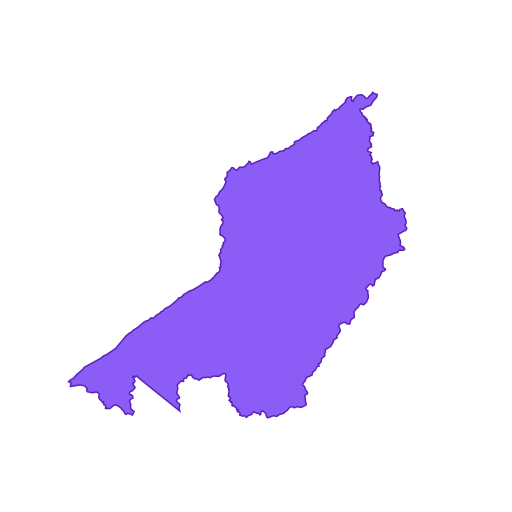 the district of San Roque, Antioquia, Colombia, rotated 108°
{"feature_id": "7082276B69506367450690", "entity_name": "San Roque", "entity_type": "district", "adm_level": 2, "iso_a3": "COL", "parent_name": "Colombia", "parent_adm1": "Antioquia", "projection": "albers", "projection_center": [-74.951, 6.431], "detail": "fine", "context": "isolated", "style": "filled", "palette": "violet", "viewbox_px": 512, "rotation_deg": 108, "n_neighbors": 0, "source": "geoboundaries", "source_scale": "gbopen_adm2", "svg_char_len": 6101}
<svg xmlns="http://www.w3.org/2000/svg" viewBox="0 0 512 512"><g transform="rotate(108 256 256)"><path d="M387.6,361.1L396.3,367.9L397.5,369.6L401.3,372.1L415.0,385.0L417.0,385.5L424.2,389.9L428.7,391.8L431.8,394.7L433.5,395.4L433.6,393.0L437.5,392.2L433.1,383.7L432.6,380.5L432.6,377.9L433.6,377.0L434.0,375.6L435.8,375.7L437.2,374.5L436.7,369.8L435.6,367.1L434.8,366.6L434.8,364.2L435.8,362.4L439.0,361.9L440.8,360.3L441.5,357.9L442.8,356.9L442.0,355.9L444.4,354.8L444.6,353.3L446.1,351.9L447.1,352.3L447.6,351.9L446.1,347.7L441.9,345.1L441.0,343.2L441.0,341.7L442.3,337.4L443.4,336.3L444.0,334.3L446.4,332.0L446.8,330.8L445.7,329.7L445.0,327.7L445.5,324.4L441.8,323.8L440.0,327.7L437.8,329.0L436.3,329.0L432.9,331.4L431.4,331.1L429.4,329.7L429.3,329.2L427.2,330.1L426.5,331.6L426.8,333.2L425.4,334.1L423.6,333.5L422.3,331.8L418.6,330.3L417.4,331.4L417.4,332.1L415.0,333.8L414.0,332.7L412.1,332.5L411.4,333.5L410.4,334.0L409.2,335.9L408.2,335.6L408.6,333.6L407.0,333.1L427.0,280.6L424.5,282.1L420.8,282.5L420.1,283.4L419.8,285.2L418.0,287.1L416.4,286.9L415.3,285.2L414.2,284.9L410.9,289.0L406.1,289.5L403.1,291.0L398.2,288.8L397.7,286.2L395.4,286.9L394.6,286.3L393.6,284.4L390.2,283.9L390.3,282.6L389.2,281.4L389.5,280.0L390.8,279.1L391.7,276.0L391.1,273.1L391.9,272.0L388.0,268.9L387.0,265.9L386.1,264.9L385.9,262.0L383.3,259.2L381.9,254.0L377.9,250.8L377.5,248.6L378.6,247.9L384.0,247.0L384.8,246.1L384.9,244.7L386.8,242.6L389.0,242.7L390.6,240.6L391.3,240.9L393.2,239.7L397.3,239.2L397.5,238.3L398.1,238.6L398.9,236.2L401.4,236.9L401.2,236.0L402.1,235.9L402.2,234.9L402.9,234.9L402.8,233.9L403.5,233.1L405.2,232.9L405.2,232.1L405.8,232.0L405.5,230.8L406.7,227.7L407.7,227.1L407.8,225.4L408.8,226.2L409.0,225.5L409.9,225.3L409.5,224.2L410.7,222.4L412.2,222.5L412.5,219.5L411.5,217.2L412.5,215.3L410.0,213.8L408.0,211.1L406.1,210.8L404.9,209.7L405.3,206.6L404.8,204.9L405.9,203.1L405.0,202.6L402.7,203.2L401.4,202.1L401.7,200.4L403.0,197.9L405.8,196.1L406.2,194.7L402.5,190.1L402.1,186.6L399.6,184.8L397.0,181.0L394.4,179.7L393.3,178.6L389.2,177.1L388.1,175.0L388.6,172.9L386.6,170.3L386.1,166.3L382.6,162.6L381.4,162.4L379.8,163.6L373.5,166.4L372.8,166.3L371.5,164.7L369.9,164.8L367.9,167.4L365.2,169.6L364.1,171.9L362.8,172.1L360.4,170.9L355.9,170.4L352.1,166.0L348.7,166.0L346.0,164.3L342.3,163.8L341.2,162.0L339.0,163.3L338.3,162.1L337.0,161.5L332.8,161.8L329.8,159.7L327.6,160.6L325.9,160.4L323.7,161.1L319.1,157.1L314.3,156.0L311.9,156.2L308.8,153.6L307.0,154.4L302.5,152.8L300.5,152.8L297.2,155.5L295.9,155.8L293.2,153.6L291.5,150.9L292.5,148.3L291.8,145.9L287.0,146.0L284.4,143.7L283.0,143.8L279.3,145.4L277.8,145.3L273.9,143.7L273.5,143.1L269.8,142.4L269.2,141.5L269.1,138.4L265.6,136.7L261.1,136.3L259.1,136.9L255.9,138.6L254.6,138.7L253.7,141.0L252.7,141.5L247.5,139.1L247.4,137.3L248.5,135.9L247.3,134.7L241.5,135.3L238.9,132.5L236.5,131.8L231.7,131.4L230.4,129.4L229.2,128.7L228.2,129.1L227.6,131.5L226.8,132.0L221.3,133.8L217.5,133.4L215.8,132.3L213.6,128.5L210.3,125.1L208.9,122.4L206.2,121.7L205.3,118.0L203.7,116.6L202.0,118.2L201.5,122.2L197.7,122.9L192.1,127.3L191.2,127.2L186.3,122.8L185.8,121.8L183.8,121.0L182.5,121.6L181.0,123.9L179.1,123.4L177.4,123.7L175.2,124.8L173.1,127.0L170.6,127.5L169.0,127.3L167.9,129.2L165.7,131.3L167.4,133.6L168.7,133.8L168.7,135.8L170.1,137.9L168.7,138.9L169.1,141.9L168.5,143.1L168.9,145.3L168.3,147.4L166.6,149.6L165.8,153.5L162.3,155.7L158.9,154.8L157.6,155.4L156.7,156.6L155.5,156.7L154.7,158.6L153.9,159.1L151.0,159.0L150.4,159.9L148.2,160.6L145.3,162.5L142.0,163.0L140.6,164.1L134.4,165.4L132.5,166.3L131.8,167.5L128.8,169.4L132.4,173.1L132.2,173.8L131.4,173.9L131.6,174.6L130.8,175.8L128.2,175.4L127.9,176.3L126.6,176.3L126.0,177.4L125.1,177.5L124.8,179.0L122.0,178.3L121.9,181.8L121.1,182.5L118.9,182.3L116.3,179.8L114.5,181.4L113.9,180.8L111.8,183.7L108.4,184.0L107.5,184.7L105.3,181.9L102.1,182.3L101.7,185.2L99.2,185.4L99.1,186.3L98.3,186.0L97.3,186.9L96.0,187.0L95.3,187.8L95.2,189.4L94.8,189.6L94.6,189.1L93.5,192.4L92.4,192.2L92.2,192.7L91.8,192.6L92.0,193.7L91.3,193.9L91.2,194.6L90.5,194.5L90.4,195.6L89.7,195.9L89.8,197.0L88.6,198.8L87.5,199.1L86.5,201.2L84.4,202.8L83.7,202.2L83.5,199.6L82.0,198.8L79.4,196.5L77.2,193.5L72.3,192.4L67.7,190.3L64.9,190.6L65.0,193.5L64.4,195.7L67.1,196.2L68.1,197.3L71.1,198.4L71.8,199.3L72.0,200.6L70.9,202.1L69.9,205.2L71.8,209.4L76.6,211.3L79.0,211.5L79.0,212.6L76.8,213.9L75.0,214.2L75.2,215.2L77.6,218.2L80.6,219.0L82.2,218.5L88.7,222.5L90.3,222.6L91.8,224.6L93.1,225.4L92.5,226.4L94.7,227.8L97.4,228.2L102.8,230.8L104.4,230.4L105.6,230.7L105.9,232.2L107.3,232.4L108.4,233.7L113.8,236.1L114.5,237.2L118.0,236.9L119.0,239.7L122.7,242.6L123.7,244.2L125.3,245.0L129.4,248.9L132.5,250.7L134.8,254.1L136.3,254.8L137.4,253.9L138.1,254.0L141.0,256.8L143.7,258.4L144.7,261.1L147.5,262.2L149.1,265.8L151.4,267.5L152.9,269.5L153.3,271.5L151.9,272.2L152.6,274.2L158.5,275.1L159.3,275.8L163.0,280.8L164.4,281.9L164.8,282.9L169.8,288.4L169.9,289.5L168.2,290.5L168.1,291.9L170.3,292.3L175.3,295.0L176.5,299.0L179.9,300.6L180.6,301.8L179.1,305.2L179.5,306.4L183.0,307.5L185.4,309.3L189.2,307.9L191.4,309.2L192.9,309.4L193.9,308.0L195.5,307.4L201.2,308.1L204.0,309.1L206.3,310.5L209.7,310.8L212.4,312.5L215.4,312.9L219.5,309.4L219.8,307.5L220.3,306.7L222.9,305.3L224.7,305.3L226.5,304.1L227.2,302.2L229.7,299.1L232.0,300.1L232.5,299.7L232.7,298.4L235.2,297.5L238.9,298.7L241.3,298.6L246.7,296.9L247.2,296.2L247.2,293.7L249.7,290.3L251.0,290.0L253.6,291.2L254.9,290.4L256.5,291.3L257.9,290.6L260.9,291.6L263.8,290.4L264.0,291.1L266.9,291.6L268.1,290.3L272.2,287.4L274.9,287.3L277.2,286.1L278.2,287.3L279.6,286.2L282.3,286.0L284.8,288.1L286.1,288.3L287.3,289.2L288.8,289.1L290.7,290.7L292.3,291.1L296.0,294.3L296.2,296.1L302.1,300.6L308.1,306.0L309.5,308.1L315.8,313.4L317.0,313.4L319.4,315.6L319.8,316.7L322.0,317.3L329.8,322.0L334.7,326.7L336.7,327.2L338.4,329.1L339.8,329.6L343.4,332.7L345.7,333.5L346.8,334.6L347.4,336.9L350.7,338.6L351.8,340.6L354.0,342.5L359.5,345.7L365.1,350.2L367.8,351.4L368.3,352.6L369.7,353.1L371.0,354.4L387.6,361.1Z" fill="#8b5cf6" stroke="#5b21b6" stroke-width="1.5"/></g></svg>